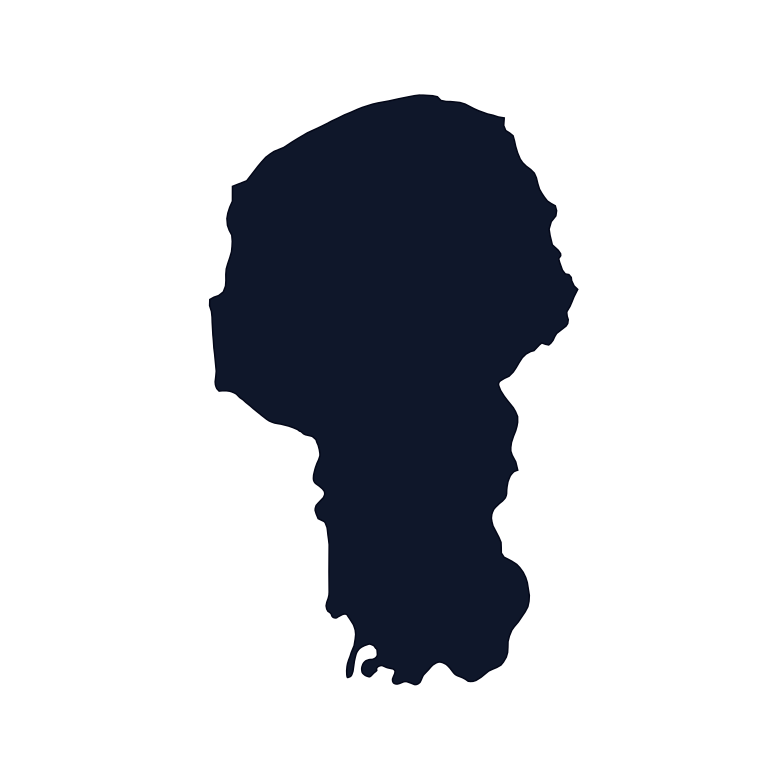 Bacho, Narathiwat, Thailand (Equal Earth projection), rotated 197°
{"feature_id": "78962969B22586560209583", "entity_name": "Bacho", "entity_type": "district", "adm_level": 2, "iso_a3": "THA", "parent_name": "Thailand", "parent_adm1": "Narathiwat", "projection": "equal_earth", "projection_center": [101.634, 6.553], "detail": "fine", "context": "isolated", "style": "filled", "palette": "ink", "viewbox_px": 768, "rotation_deg": 197, "n_neighbors": 0, "source": "geoboundaries", "source_scale": "gbopen_adm2", "svg_char_len": 6131}
<svg xmlns="http://www.w3.org/2000/svg" viewBox="0 0 768 768"><g transform="rotate(197 384 384)"><path d="M539.6,329.0L537.3,330.0L532.9,331.4L529.4,332.0L527.3,332.0L524.4,331.7L522.2,331.2L518.0,328.9L514.0,327.6L510.7,326.0L505.4,323.9L501.9,322.3L491.5,318.1L486.0,316.0L482.9,315.1L479.9,314.8L477.2,314.7L473.7,315.1L470.9,315.5L462.9,315.9L458.2,315.7L453.4,315.2L451.1,314.3L449.3,314.2L446.3,312.8L444.3,312.5L438.6,312.9L437.2,312.9L435.8,312.3L432.8,310.9L431.0,308.4L429.0,306.1L426.6,302.2L425.8,300.5L425.1,299.1L424.8,298.3L424.4,297.1L424.3,296.4L424.3,294.7L424.4,292.3L424.9,288.5L425.1,284.5L425.1,282.5L424.9,278.8L424.7,276.3L424.4,275.0L424.1,273.7L423.8,272.7L423.4,271.8L423.0,271.1L422.2,270.2L421.3,269.4L420.7,269.1L419.9,268.7L416.0,267.4L412.8,266.0L412.0,265.6L410.2,264.3L409.8,264.0L409.2,263.1L408.6,261.7L408.4,260.6L408.5,259.6L408.7,257.8L409.0,257.1L411.0,253.1L412.3,250.5L413.1,248.6L413.3,248.3L413.4,247.7L413.4,247.0L413.4,245.1L413.2,244.1L412.9,243.0L412.3,242.1L410.9,240.0L407.6,236.0L401.1,235.0L399.8,234.3L396.5,230.1L395.5,228.0L393.4,223.1L391.6,219.2L389.5,214.4L381.7,188.3L375.6,168.9L374.9,166.0L374.7,162.9L374.9,158.5L374.5,154.9L373.0,152.1L371.2,150.3L369.2,149.7L367.5,148.9L365.9,146.8L364.8,146.1L364.0,145.9L363.0,145.9L361.8,146.1L360.9,146.6L360.1,147.7L356.5,151.3L355.0,152.3L353.3,152.8L351.9,152.6L350.5,151.3L348.1,149.4L346.1,147.7L342.9,144.9L341.6,143.2L339.6,140.3L337.9,136.3L337.0,131.8L336.1,125.1L336.8,117.6L336.8,113.7L337.1,109.6L337.1,105.9L336.8,103.2L335.9,98.9L334.6,95.1L333.8,93.4L333.2,92.7L332.8,92.7L331.1,94.0L330.6,94.5L330.2,95.2L330.0,95.7L329.8,96.8L329.7,99.5L329.7,100.3L331.3,110.4L331.6,114.2L331.7,116.7L331.7,117.8L331.6,119.1L331.3,120.6L330.6,122.7L330.2,123.5L329.8,124.2L328.5,125.9L326.1,128.2L322.5,130.8L322.1,131.0L321.7,131.1L320.4,131.2L317.7,130.9L317.4,130.8L316.9,130.6L314.7,128.9L313.5,128.4L313.0,127.8L312.5,126.6L311.6,124.3L311.1,122.9L311.1,122.6L311.2,121.6L311.4,120.9L311.8,120.0L312.4,119.1L313.3,118.2L314.3,117.4L315.5,116.9L316.7,116.5L317.6,116.1L319.7,114.6L320.4,114.0L320.9,113.3L321.6,112.0L321.9,111.3L322.2,110.2L322.3,109.5L322.4,107.1L322.2,105.5L321.9,104.5L321.4,103.4L320.9,102.4L320.5,101.8L319.8,101.2L319.1,100.8L317.5,100.1L316.6,99.8L315.7,99.7L314.9,99.6L313.2,99.6L312.4,99.7L311.9,100.0L311.3,100.7L311.0,101.2L309.2,104.7L307.7,106.9L307.2,107.9L307.2,108.1L307.8,109.2L307.9,109.9L307.8,110.6L307.4,111.5L307.1,111.9L306.3,112.7L305.8,113.1L304.4,114.0L303.6,114.1L302.6,114.2L302.1,114.1L298.9,113.7L297.2,113.7L292.9,114.1L292.3,114.2L291.5,114.0L290.9,113.8L290.4,113.5L289.9,113.2L289.7,112.8L289.4,112.5L289.3,112.0L289.2,111.2L289.1,110.0L289.5,106.3L289.6,104.4L289.4,103.6L288.9,102.4L288.3,101.6L287.6,101.0L287.2,100.8L286.3,100.6L285.0,100.6L283.7,100.9L282.6,101.5L281.4,102.3L278.1,105.0L276.8,105.6L276.0,105.8L275.4,106.0L274.4,106.0L270.4,105.8L267.1,105.5L266.4,105.6L265.6,105.9L265.0,106.2L264.1,106.9L263.5,107.5L262.9,108.4L262.5,109.0L262.2,109.8L262.1,110.7L261.9,111.9L261.6,114.9L261.3,116.8L260.8,118.0L257.9,123.8L256.5,127.0L255.2,129.5L253.5,131.5L252.4,132.7L250.9,133.8L249.9,134.3L248.6,134.6L246.6,134.7L245.0,134.5L243.2,134.2L242.4,134.0L240.3,133.0L237.7,131.5L234.1,128.9L232.6,127.9L231.5,127.3L230.5,126.9L229.5,126.7L228.6,126.5L224.2,126.2L222.5,126.0L219.6,125.4L216.7,124.4L216.3,124.4L215.7,124.6L214.6,124.7L211.9,125.7L209.4,127.4L207.2,129.9L205.4,132.0L200.0,140.1L196.8,143.0L193.3,145.9L190.0,149.4L188.5,153.1L187.2,158.6L187.3,163.4L188.5,168.3L190.1,174.0L190.4,179.7L189.8,186.0L188.5,189.9L186.0,195.7L182.4,207.4L181.3,213.1L181.8,218.6L183.2,224.3L188.9,236.0L191.9,240.4L195.8,244.6L200.3,248.0L204.3,250.3L209.9,251.9L214.0,252.7L218.6,253.5L222.4,256.7L224.0,261.7L225.8,266.8L229.3,271.0L238.3,280.2L240.5,283.8L242.1,287.1L242.8,290.8L242.8,293.0L242.4,296.2L241.4,298.6L238.8,303.3L236.5,306.7L235.2,309.4L234.7,310.7L234.5,313.1L234.7,315.0L235.7,318.7L236.3,321.8L236.9,326.8L236.7,330.0L236.4,333.0L235.8,334.8L234.9,336.8L234.2,338.1L232.6,339.5L230.9,340.7L235.2,348.0L240.6,353.4L243.1,356.9L244.2,360.4L245.0,365.4L244.9,371.7L244.4,377.8L244.5,382.5L245.0,386.5L246.7,391.9L250.1,396.0L253.4,399.1L261.5,404.6L265.5,407.5L270.5,411.8L273.4,415.4L274.3,416.8L274.6,418.6L274.3,419.9L273.6,421.1L270.5,424.6L266.7,428.0L263.9,433.3L262.4,438.3L261.0,444.2L259.4,449.7L256.9,454.2L253.3,457.9L250.3,459.8L246.8,466.9L245.1,469.4L241.3,469.2L237.9,469.5L236.4,471.8L235.1,475.3L234.6,479.2L233.7,482.8L226.8,492.7L226.0,495.6L226.6,499.4L228.6,502.3L230.1,505.7L230.2,507.0L228.8,512.7L228.3,517.2L227.8,523.0L226.4,531.1L230.9,533.4L234.7,537.6L236.1,540.7L239.2,542.7L241.5,542.4L242.9,542.3L246.7,545.1L251.6,551.7L253.6,554.9L252.5,558.3L253.2,560.2L256.4,562.8L263.7,566.3L268.6,574.6L271.4,580.4L271.5,588.2L268.8,595.0L269.6,600.2L272.3,604.5L277.1,605.5L281.3,606.8L285.4,609.7L288.8,612.5L292.2,615.7L295.4,620.4L298.6,625.8L301.9,629.6L306.4,632.0L311.7,633.9L316.1,636.2L319.5,638.9L323.8,644.1L327.6,649.8L330.2,654.5L333.1,659.1L337.0,660.7L341.7,662.0L345.1,666.2L346.8,673.6L352.7,672.8L358.4,672.9L363.9,672.5L373.5,673.0L378.4,673.6L382.8,674.4L388.3,675.4L393.6,675.4L397.8,674.6L402.7,673.6L407.3,672.3L412.5,671.8L416.9,674.3L421.8,673.9L430.5,671.8L434.7,670.6L439.0,668.7L444.5,665.8L449.9,662.9L453.6,660.9L461.9,656.2L472.0,651.0L476.7,648.3L481.2,645.2L485.7,642.1L489.8,638.8L495.2,634.1L500.5,629.8L506.0,624.6L511.0,620.1L515.2,615.9L519.2,612.1L523.5,608.2L530.6,601.9L538.3,593.5L542.7,588.5L549.0,580.9L557.1,574.3L560.1,570.7L563.3,566.3L565.9,560.8L568.2,555.4L574.7,538.2L586.7,528.7L582.4,514.5L583.2,508.0L583.3,501.7L582.6,496.3L580.1,490.0L576.9,485.7L573.1,481.9L570.8,476.0L569.5,470.9L568.5,465.8L568.4,459.9L568.6,453.2L568.5,447.9L567.3,442.5L565.4,436.6L564.2,431.3L564.6,425.1L568.0,420.2L572.0,417.3L575.3,413.9L573.7,408.0L570.2,402.9L568.0,397.7L566.3,392.7L561.9,380.7L559.9,375.8L557.2,368.7L554.8,363.3L552.7,358.2L548.2,347.3L547.2,342.7L546.1,336.7L545.0,334.0L543.8,332.2L542.5,330.7L539.6,329.0Z" fill="#0f172a" stroke="#020617" stroke-width="1.5"/></g></svg>